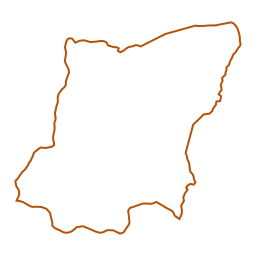 Cândido Mota, São Paulo, Brazil (orthographic projection)
{"feature_id": "56859067B55790387893872", "entity_name": "Cândido Mota", "entity_type": "district", "adm_level": 2, "iso_a3": "BRA", "parent_name": "Brazil", "parent_adm1": "São Paulo", "projection": "orthographic", "projection_center": [-50.425, -22.81], "detail": "fine", "context": "isolated", "style": "outline", "palette": "amber", "viewbox_px": 256, "rotation_deg": 0, "n_neighbors": 0, "source": "geoboundaries", "source_scale": "gbopen_adm2", "svg_char_len": 2416}
<svg xmlns="http://www.w3.org/2000/svg" viewBox="0 0 256 256"><path d="M65.4,45.1L65.0,47.7L65.7,50.3L66.1,52.6L65.5,57.3L64.8,60.7L65.5,63.1L68.0,68.0L68.8,70.3L69.0,72.6L67.5,76.6L65.9,81.2L65.8,84.8L64.6,86.9L61.9,89.4L60.5,91.4L58.7,93.8L57.7,97.2L57.9,101.9L56.5,106.0L55.6,110.4L54.9,113.2L55.6,117.3L55.4,120.2L54.3,122.9L54.5,125.7L54.6,128.6L54.2,131.6L53.5,134.6L53.1,137.0L53.2,139.8L53.9,142.0L54.1,145.1L51.7,146.8L45.6,148.0L40.5,147.5L37.0,150.1L33.9,152.8L32.5,156.7L30.4,161.2L28.9,162.8L28.0,165.3L26.5,167.3L25.0,169.6L23.2,171.1L21.5,173.1L19.8,175.4L17.6,178.8L15.4,180.9L16.1,185.7L18.6,189.9L19.1,192.2L19.2,195.1L17.9,197.7L16.6,200.7L19.6,201.0L23.3,202.2L30.2,206.2L32.6,206.9L37.4,206.7L41.6,207.1L44.6,208.1L46.5,208.9L49.9,212.7L52.3,222.5L52.4,225.8L54.9,228.1L57.2,229.2L61.5,231.2L63.5,232.3L66.4,232.8L69.7,232.2L72.1,231.1L76.8,227.2L81.4,226.4L83.6,226.4L88.3,228.4L96.2,231.8L98.2,232.3L100.2,232.8L103.4,232.1L107.5,230.1L113.4,230.4L120.0,233.6L123.6,232.4L126.4,228.1L127.7,226.4L129.0,224.2L129.5,222.0L128.2,210.7L129.9,208.0L143.1,203.5L145.3,203.5L151.7,203.8L156.5,202.0L167.6,208.6L171.7,210.6L173.2,212.2L174.8,215.8L179.5,219.0L181.8,213.6L181.9,209.8L181.1,205.9L182.5,203.3L184.0,200.7L183.3,197.5L184.7,193.8L186.1,191.6L187.6,189.7L186.2,187.7L187.4,185.7L190.3,183.9L193.6,184.7L195.4,182.5L193.9,179.0L193.6,176.5L192.5,174.0L190.5,172.0L189.5,167.4L189.5,165.0L188.9,162.5L187.3,158.9L186.7,155.6L185.6,153.0L193.2,124.6L200.6,117.6L203.5,114.5L206.4,114.0L209.4,113.7L212.0,111.3L213.5,107.8L215.9,104.8L216.4,101.5L220.0,101.1L220.7,98.6L221.0,96.1L218.7,94.3L219.9,91.8L221.5,90.3L221.5,87.9L220.7,85.3L221.6,82.8L222.7,80.3L221.9,78.2L223.5,76.5L225.5,74.6L225.5,72.3L226.4,70.3L226.5,67.3L229.0,65.0L229.9,61.7L231.9,57.9L233.5,54.1L235.6,52.2L236.9,50.2L238.2,48.0L239.7,46.5L240.6,44.2L239.9,41.3L239.8,37.4L239.3,34.4L238.6,32.0L237.7,29.0L235.5,25.4L232.9,22.9L230.8,22.4L218.3,24.8L215.9,25.4L208.0,25.5L204.0,25.9L200.4,26.0L198.0,26.0L195.4,25.6L165.4,34.0L140.5,46.5L138.2,45.4L135.4,45.2L133.3,46.1L130.3,46.7L127.7,47.5L124.7,49.7L122.8,51.2L120.2,52.2L117.9,50.8L118.7,48.3L116.6,47.2L113.9,47.2L111.2,46.3L108.0,45.4L106.3,42.2L103.5,41.1L100.3,41.0L97.1,41.5L93.2,41.9L90.7,42.1L87.6,41.3L84.7,40.4L81.9,40.4L78.8,41.1L75.4,42.7L73.6,40.5L72.2,38.7L70.1,38.2L67.8,39.0L66.5,40.9L65.4,45.1Z" fill="none" stroke="#b45309" stroke-width="2"/></svg>